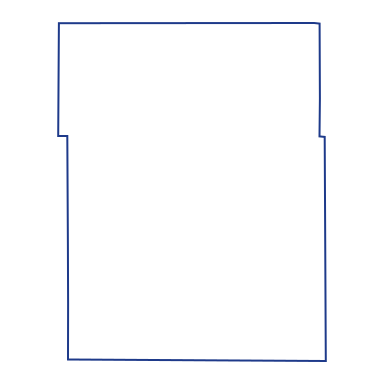 outline of Washburn, Wisconsin, United States of America
{"feature_id": "52423323B30726124247740", "entity_name": "Washburn", "entity_type": "district", "adm_level": 2, "iso_a3": "USA", "parent_name": "United States of America", "parent_adm1": "Wisconsin", "projection": "robinson", "projection_center": [-91.775, 45.898], "detail": "fine", "context": "isolated", "style": "outline", "palette": "blue", "viewbox_px": 384, "rotation_deg": 0, "n_neighbors": 0, "source": "geoboundaries", "source_scale": "gbopen_adm2", "svg_char_len": 272}
<svg xmlns="http://www.w3.org/2000/svg" viewBox="0 0 384 384"><path d="M319.6,23.6L314.2,23.0L58.9,23.2L58.2,136.0L67.3,136.0L67.9,245.5L68.1,303.9L68.0,359.5L325.8,361.0L324.7,136.9L319.5,136.4L319.9,98.9L319.6,23.6Z" fill="none" stroke="#1e3a8a" stroke-width="2"/></svg>